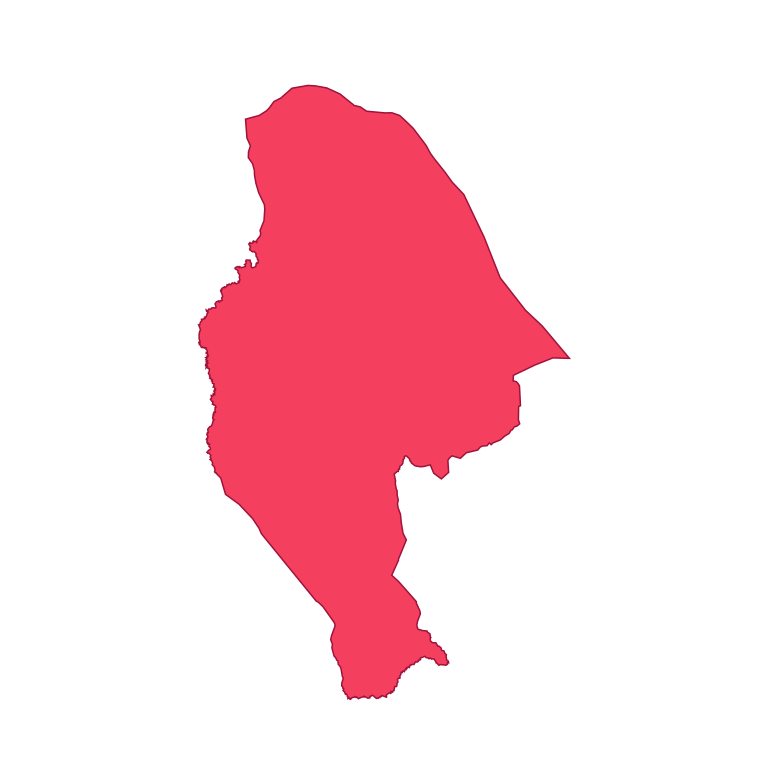 East Gonja Municipal, Northern, Ghana, rotated 349°
{"feature_id": "2480657B20562210440652", "entity_name": "East Gonja Municipal", "entity_type": "district", "adm_level": 2, "iso_a3": "GHA", "parent_name": "Ghana", "parent_adm1": "Northern", "projection": "natural_earth1", "projection_center": [-1.128, 8.347], "detail": "fine", "context": "isolated", "style": "filled", "palette": "rose", "viewbox_px": 768, "rotation_deg": 349, "n_neighbors": 0, "source": "geoboundaries", "source_scale": "gbopen_adm2", "svg_char_len": 6160}
<svg xmlns="http://www.w3.org/2000/svg" viewBox="0 0 768 768"><g transform="rotate(349 384 384)"><path d="M201.5,434.0L201.8,436.1L200.9,437.8L201.5,439.0L202.3,439.0L202.5,440.1L205.8,445.1L207.4,462.1L218.8,474.4L229.4,491.2L233.8,501.8L235.1,507.6L276.0,584.1L277.9,585.7L281.7,591.1L289.5,608.4L290.0,610.5L289.5,612.7L284.4,621.2L282.9,624.8L283.7,629.7L282.5,633.0L283.1,641.5L284.4,643.7L284.9,646.0L285.9,647.1L285.6,650.4L287.1,653.1L287.5,655.5L287.3,662.6L287.8,665.3L285.4,669.7L284.9,672.3L285.8,673.8L285.5,674.7L286.4,675.7L285.4,676.8L285.6,677.7L286.9,679.1L286.6,680.0L287.1,681.3L288.0,681.3L288.4,682.0L288.4,683.9L289.0,684.4L288.5,685.9L290.2,685.6L290.4,686.9L291.0,687.1L293.1,685.7L294.9,685.8L295.8,685.2L296.7,686.4L297.6,686.1L298.8,688.0L303.8,686.9L304.5,687.5L304.9,686.7L308.3,689.4L310.3,689.3L310.5,688.0L311.4,688.1L312.5,687.3L313.9,687.9L316.5,691.2L317.9,691.0L318.2,691.4L319.7,690.6L320.1,691.0L320.9,690.0L321.8,690.2L322.5,689.4L326.6,691.9L326.9,691.3L326.6,690.3L328.6,688.8L330.9,688.2L331.5,689.0L332.6,688.2L332.4,687.3L333.6,688.1L334.5,686.9L335.3,686.9L336.7,683.0L338.2,683.4L339.0,682.9L339.8,680.0L340.8,679.3L340.9,676.4L342.2,675.6L343.4,675.9L343.9,674.4L343.6,673.7L345.1,672.5L345.7,670.3L347.0,670.7L347.1,669.8L348.3,669.3L349.2,670.2L350.0,668.8L351.4,668.5L351.2,667.7L351.9,667.6L352.0,666.9L352.6,667.2L353.9,666.3L354.7,667.1L356.4,664.5L357.3,665.0L358.9,664.6L359.8,665.1L361.9,662.8L363.3,663.3L364.8,662.8L365.1,661.8L366.6,661.8L366.9,661.0L367.3,661.1L367.3,660.0L372.2,659.1L373.2,660.7L375.0,661.2L375.8,662.3L377.2,661.8L378.1,663.1L380.5,663.3L382.0,666.8L382.0,667.8L382.5,667.9L384.2,670.6L386.0,670.2L391.4,671.9L392.9,671.1L393.1,669.7L394.2,670.1L394.3,668.4L392.9,666.8L393.0,662.9L393.6,661.6L392.4,660.2L392.0,657.5L389.8,656.5L389.6,653.8L387.8,651.7L386.9,651.6L385.5,647.9L382.2,647.2L380.6,645.1L380.7,642.7L381.6,642.0L381.1,640.2L381.5,639.8L381.3,637.8L379.6,636.3L379.0,634.6L375.1,633.5L370.5,631.1L370.1,627.2L371.7,623.2L375.9,616.4L375.9,613.4L373.9,605.1L374.2,603.8L360.7,580.8L355.1,573.2L364.6,559.8L364.9,558.5L376.2,541.3L374.2,534.2L374.5,523.4L375.3,515.1L374.2,508.0L374.4,504.1L375.9,500.6L375.7,495.9L376.5,491.2L376.0,489.2L376.1,483.5L376.9,481.4L376.8,474.4L380.5,472.3L381.3,472.5L381.9,470.9L382.9,470.6L382.7,469.7L383.3,469.6L384.2,467.4L386.0,466.8L387.3,465.5L388.5,461.9L389.9,460.8L390.1,459.0L392.1,458.7L394.7,462.3L394.8,464.3L395.5,465.1L395.7,466.6L398.8,470.2L403.6,472.1L407.2,472.6L414.0,472.2L415.8,481.1L422.2,488.1L430.6,483.1L432.1,471.3L434.0,469.2L437.0,467.5L444.8,471.5L451.7,467.2L463.5,466.7L466.1,464.5L468.3,463.7L473.4,464.2L476.1,461.9L477.6,464.0L479.8,462.6L487.6,461.1L492.3,458.3L497.4,456.4L499.9,453.6L501.3,453.4L503.6,451.0L506.3,450.7L509.6,449.0L509.1,444.8L511.9,431.7L513.8,431.4L516.5,412.7L516.6,411.5L515.5,408.7L514.1,406.8L511.4,405.6L512.7,400.2L535.6,394.2L554.8,390.6L570.9,394.2L550.3,357.1L537.0,338.7L518.3,301.9L510.3,259.0L498.5,213.2L489.5,199.0L484.0,187.1L476.4,172.6L473.5,166.3L470.8,157.7L461.4,138.5L454.7,128.9L450.6,123.4L443.6,119.3L436.4,118.0L419.0,112.9L413.5,107.4L407.9,104.9L396.3,91.1L384.4,82.5L373.6,78.3L366.4,76.4L350.1,76.1L337.3,83.6L329.9,85.7L324.1,91.1L320.8,93.4L312.7,96.6L298.6,97.6L296.4,116.4L298.3,124.7L295.3,130.2L294.0,135.9L297.0,142.6L297.5,149.3L296.7,154.8L296.6,162.8L297.5,172.3L300.8,185.1L300.3,189.6L297.4,200.7L291.6,209.7L291.7,212.6L290.9,214.7L286.8,218.4L286.0,220.6L285.2,219.5L284.4,219.7L283.2,218.7L282.6,219.0L282.6,220.2L280.0,220.7L279.4,219.6L278.0,220.8L279.0,224.2L277.8,225.9L277.8,226.7L280.2,229.2L281.9,229.2L283.2,231.4L282.8,234.2L283.6,235.5L283.6,237.9L284.2,238.4L283.5,241.1L283.0,241.4L282.2,240.8L281.6,241.2L280.5,244.3L276.8,244.9L276.0,243.1L276.8,240.6L276.1,238.4L276.2,236.9L272.5,236.0L271.6,237.3L272.1,238.2L271.5,239.4L269.9,240.1L270.6,241.1L270.2,242.3L266.1,242.6L264.8,241.3L264.1,242.2L263.5,241.1L262.5,240.7L260.1,241.5L259.8,242.4L262.4,244.7L261.9,246.5L263.2,249.6L262.3,251.5L262.4,254.3L261.9,255.1L260.5,255.4L261.2,256.7L258.0,257.5L256.8,255.9L255.4,256.6L254.3,255.8L252.3,257.3L251.1,256.3L250.0,257.2L248.9,256.6L248.6,257.8L246.3,259.1L246.0,258.2L243.4,259.1L242.5,261.0L242.2,260.3L241.4,261.2L242.3,265.7L242.2,267.7L241.1,268.4L241.1,271.1L239.7,271.0L238.0,272.1L237.8,270.8L235.1,271.4L233.4,273.1L233.9,276.6L233.3,277.1L229.4,276.4L228.3,277.4L226.3,277.0L225.9,277.9L224.6,278.3L223.7,277.4L223.7,278.7L225.1,279.9L223.9,280.9L223.2,282.7L221.0,285.2L220.5,284.4L219.9,285.8L217.2,285.7L217.5,286.7L215.7,288.2L214.1,291.1L213.4,290.7L214.2,295.6L212.6,298.2L211.8,300.8L211.2,304.1L211.4,307.7L210.3,307.7L210.0,308.3L211.0,308.9L210.3,310.2L211.3,310.9L211.6,313.0L212.3,313.6L213.1,313.1L214.4,314.5L215.1,314.1L216.4,314.6L215.8,315.7L217.0,317.4L216.5,319.7L215.6,319.1L215.3,320.1L216.5,320.7L216.8,322.5L215.6,322.8L216.2,323.6L214.1,324.1L215.1,325.1L213.7,326.3L215.2,327.5L213.7,328.3L215.1,329.6L214.1,329.7L214.0,331.4L213.1,330.4L212.3,331.8L213.0,332.7L212.5,334.1L213.6,333.3L214.2,333.8L214.1,335.0L215.4,335.7L214.9,338.2L213.7,339.8L214.2,341.7L214.8,342.1L214.2,343.6L214.9,344.7L214.1,345.2L216.3,347.1L215.2,348.0L216.0,348.7L215.7,350.5L217.3,351.5L215.9,354.3L216.8,354.2L216.7,355.0L217.7,356.3L216.8,356.9L217.3,357.3L217.3,358.2L215.6,358.5L216.3,359.9L215.7,362.0L215.2,361.5L214.6,362.1L214.4,361.3L213.6,362.9L212.2,362.3L212.1,364.9L210.7,365.8L211.8,368.2L212.7,368.7L211.8,371.0L212.4,371.0L212.7,372.0L213.3,371.9L214.6,373.6L214.5,374.9L213.8,374.9L213.0,377.6L213.3,379.4L212.9,379.8L211.9,379.1L210.9,380.4L211.2,381.1L210.2,381.8L210.7,382.4L209.5,383.9L209.4,385.8L210.4,386.7L209.2,387.5L208.0,390.1L206.5,392.3L204.6,392.8L202.3,394.8L202.2,398.3L201.3,398.2L200.4,400.0L201.0,400.5L200.9,403.0L199.7,403.5L199.0,404.7L199.9,405.3L199.0,407.4L199.5,409.1L200.2,408.7L200.2,409.7L201.3,409.9L200.2,411.7L201.3,413.4L201.1,415.1L199.2,415.6L197.1,417.3L197.9,418.4L199.1,418.7L200.4,421.3L199.4,422.5L200.0,424.6L198.9,424.9L200.5,427.0L200.6,429.2L199.9,430.4L201.9,433.3L201.5,434.0Z" fill="#f43f5e" stroke="#9f1239" stroke-width="1.5"/></g></svg>